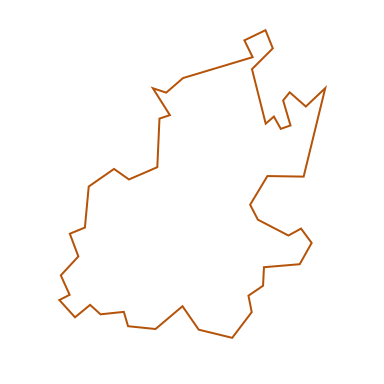 outline of Gauteng, rotated 352°
{"feature_id": "ZAF-1208", "entity_name": "Gauteng", "entity_type": "Province", "adm_level": 1, "iso_a3": "ZAF", "parent_name": "South Africa", "parent_adm1": "", "projection": "orthographic", "projection_center": [28.225, -26.009], "detail": "coarse", "context": "isolated", "style": "outline", "palette": "amber", "viewbox_px": 384, "rotation_deg": 352, "n_neighbors": 0, "source": "natural_earth", "source_scale": "10m", "svg_char_len": 748}
<svg xmlns="http://www.w3.org/2000/svg" viewBox="0 0 384 384"><g transform="rotate(352 192 192)"><path d="M110.0,316.0L107.8,301.2L84.4,300.4L75.4,289.6L58.7,299.8L45.6,280.5L56.5,276.8L50.5,256.3L70.5,240.0L65.2,216.3L81.0,212.3L90.5,172.2L118.0,158.3L131.3,170.8L161.1,162.6L170.0,114.8L180.8,112.8L167.7,83.8L180.3,90.0L199.0,77.9L270.8,66.9L265.0,49.1L287.3,42.0L292.0,61.0L268.5,78.7L274.5,134.6L283.6,128.7L288.7,141.8L298.8,139.8L295.0,114.0L302.6,106.9L316.6,123.2L338.4,107.7L304.7,192.3L268.9,186.7L247.8,212.7L253.4,228.6L281.4,248.5L294.9,243.4L303.4,259.1L288.6,278.5L252.8,276.5L249.3,294.7L233.5,302.5L234.4,319.3L211.5,342.0L179.5,329.3L166.7,303.8L136.8,322.6L110.0,316.0Z" fill="none" stroke="#b45309" stroke-width="2"/></g></svg>